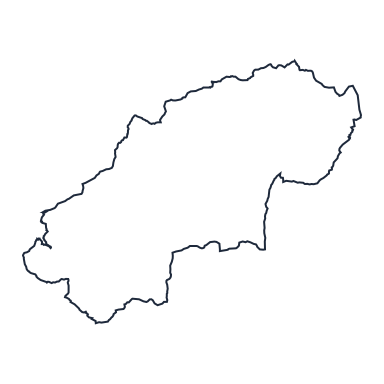 the district of Oituz, Bacau, Romania
{"feature_id": "2599482B92428944714354", "entity_name": "Oituz", "entity_type": "district", "adm_level": 2, "iso_a3": "ROU", "parent_name": "Romania", "parent_adm1": "Bacau", "projection": "mercator", "projection_center": [26.528, 46.157], "detail": "fine", "context": "isolated", "style": "outline", "palette": "slate", "viewbox_px": 384, "rotation_deg": 0, "n_neighbors": 0, "source": "geoboundaries", "source_scale": "gbopen_adm2", "svg_char_len": 5879}
<svg xmlns="http://www.w3.org/2000/svg" viewBox="0 0 384 384"><path d="M91.7,319.0L95.6,321.0L95.8,323.2L99.1,322.2L101.5,322.6L107.9,321.6L108.9,320.0L110.0,319.3L111.6,317.3L112.3,316.9L113.3,315.5L113.6,314.1L116.0,312.3L115.7,310.4L118.5,309.6L123.5,309.0L124.3,308.1L124.9,306.9L124.4,304.4L125.8,304.0L127.3,302.3L128.8,302.4L131.8,299.1L132.5,298.7L139.1,299.3L143.4,301.3L146.4,302.0L147.7,301.4L149.7,299.4L151.4,299.3L152.8,300.3L154.6,303.4L157.6,305.2L162.4,303.6L163.9,301.9L166.9,301.9L167.3,300.1L166.6,297.6L166.8,296.1L166.8,293.8L167.3,293.0L167.2,291.5L167.7,288.7L167.2,284.7L166.4,282.5L166.4,280.9L166.9,280.1L169.4,278.9L170.5,277.5L170.9,276.1L171.0,274.5L170.2,272.8L170.4,269.2L170.2,265.6L171.8,261.8L172.7,258.3L172.8,255.6L172.5,252.7L173.1,252.5L176.0,251.5L181.6,250.4L183.8,248.9L187.7,247.7L189.9,246.0L196.6,246.0L197.7,246.3L199.7,247.6L201.6,248.3L202.8,248.2L204.2,247.5L204.7,245.7L206.3,245.1L210.1,242.1L214.4,241.6L216.5,241.9L219.4,243.7L219.9,249.4L219.9,251.1L226.6,250.0L227.9,249.7L228.3,249.1L229.4,248.7L236.0,248.3L237.2,247.5L238.9,245.7L239.3,242.6L242.7,241.5L245.6,242.2L247.3,241.3L250.4,242.3L253.7,243.9L256.0,244.4L256.8,245.6L257.3,246.9L259.8,249.4L263.2,249.7L265.0,249.4L264.8,241.4L265.3,237.9L264.3,233.2L264.2,230.3L264.6,228.0L264.1,221.8L265.2,218.5L265.0,216.3L265.4,214.1L266.2,213.0L266.7,210.7L267.6,208.5L266.2,206.8L265.5,204.0L267.3,200.7L267.7,198.9L268.6,197.0L269.4,189.7L270.5,187.7L271.3,184.8L272.2,183.9L273.8,180.4L274.3,179.8L274.4,179.0L275.9,177.8L276.7,176.4L280.3,173.5L279.9,175.8L280.9,177.7L282.9,177.8L283.2,179.8L283.2,182.0L286.2,180.8L291.9,181.6L293.4,181.0L297.7,182.7L299.4,182.4L303.3,182.8L304.6,183.9L306.2,184.0L307.0,183.8L309.6,184.4L311.5,184.0L313.7,184.2L317.4,183.3L319.7,180.3L321.0,179.3L323.4,178.0L326.8,175.3L327.1,174.6L328.8,173.7L329.0,173.3L328.9,172.0L329.2,170.5L331.8,169.7L332.0,169.0L331.7,167.4L332.5,166.9L333.2,165.7L333.7,162.4L337.5,158.3L337.9,156.2L339.1,154.1L339.7,153.2L340.7,152.5L339.3,150.6L339.4,149.0L340.0,147.8L342.7,144.6L349.0,139.8L349.4,138.3L348.8,137.4L349.5,137.1L348.8,136.5L349.3,136.1L349.7,136.6L349.5,135.0L350.4,134.9L350.8,133.3L352.4,131.7L352.2,130.9L353.0,130.0L353.1,129.5L352.3,129.0L351.2,127.4L354.6,126.2L353.5,119.7L354.5,119.5L356.2,120.0L360.7,117.5L360.7,116.2L361.0,115.1L359.4,109.7L357.7,95.2L352.8,85.8L348.9,86.6L345.2,91.5L344.5,93.1L342.5,94.8L339.4,95.9L338.8,94.7L337.3,93.9L335.5,91.9L333.9,87.4L329.0,87.7L324.5,86.9L322.5,85.1L321.7,83.9L316.1,80.7L314.0,77.6L312.9,72.8L312.2,71.4L310.9,70.7L307.8,70.8L305.9,69.9L304.9,70.7L302.8,69.9L299.9,70.2L299.5,69.8L299.0,66.8L296.7,64.4L296.8,64.1L296.3,64.0L296.2,63.2L294.7,60.8L294.5,61.3L292.3,61.8L288.6,64.6L287.5,64.4L284.6,67.4L281.3,65.4L279.3,65.2L278.4,65.4L276.1,68.2L273.0,67.3L271.6,65.9L271.0,64.5L270.3,64.2L268.6,64.9L265.7,67.0L263.4,68.0L261.0,68.2L258.3,69.6L255.2,69.7L254.0,70.6L252.7,73.0L253.2,74.6L253.2,75.9L250.6,77.3L250.1,78.1L248.0,78.9L247.5,80.1L242.6,80.3L240.6,80.0L238.5,79.2L235.5,76.7L233.7,76.7L232.3,76.1L231.3,76.5L231.0,76.3L230.6,76.8L229.6,77.0L226.5,76.7L221.8,79.4L220.5,81.3L218.5,81.3L216.2,82.1L214.7,81.9L213.8,82.4L213.2,81.8L211.8,81.6L211.7,81.9L212.5,83.2L212.8,84.5L212.5,86.2L212.3,86.6L211.1,86.8L210.4,87.6L209.5,87.2L209.2,87.5L203.4,87.5L201.8,88.7L199.0,89.5L195.8,91.0L190.8,91.4L187.6,93.1L185.3,97.3L183.3,97.4L182.4,97.9L182.4,98.5L181.8,98.9L180.5,99.5L175.4,100.5L172.9,100.4L171.1,99.7L170.1,100.4L165.7,101.7L164.2,106.3L165.9,111.4L164.8,113.4L164.5,114.4L162.4,116.4L160.1,119.8L160.1,120.4L160.7,122.3L157.9,122.3L156.0,122.7L154.6,123.8L153.9,123.4L152.2,123.6L151.7,124.0L149.3,123.0L148.8,122.3L146.8,120.8L146.0,120.8L145.3,120.1L142.6,119.0L142.1,118.1L137.3,116.5L135.8,115.4L134.6,115.5L132.4,118.2L131.7,119.8L131.6,120.5L130.3,122.0L129.6,123.9L127.8,125.7L127.7,127.2L128.5,128.4L128.5,129.4L128.0,130.1L127.9,132.9L127.6,134.2L127.3,134.2L127.0,136.9L126.5,137.6L124.4,137.5L123.0,140.1L122.2,140.2L121.3,141.1L121.1,142.1L120.1,142.9L119.1,142.7L118.1,143.8L117.7,145.1L117.6,147.1L117.1,148.2L115.0,150.1L115.2,152.4L115.0,153.2L115.6,157.0L114.3,159.1L113.4,162.5L112.9,166.0L111.8,167.9L109.1,169.0L106.2,169.3L102.6,171.0L100.2,171.6L99.7,172.1L98.9,173.8L96.5,175.4L94.8,177.9L85.7,182.8L82.5,184.0L83.1,185.9L83.4,188.0L82.6,190.9L82.4,192.4L81.5,193.9L73.8,195.4L68.9,198.8L67.5,199.3L65.1,201.1L57.9,203.7L55.5,207.3L54.6,208.1L50.2,209.9L45.4,210.7L43.0,212.1L45.4,212.2L43.2,213.5L43.2,213.8L44.0,214.7L41.9,217.3L41.0,220.5L41.5,221.0L41.0,221.7L41.5,222.2L42.2,222.1L42.4,222.9L45.8,223.9L46.1,227.9L46.6,229.1L46.4,230.1L46.8,230.2L47.7,231.5L45.1,234.1L44.4,235.6L43.8,236.0L43.8,236.8L43.5,237.2L43.6,237.6L43.4,237.7L43.4,238.4L44.3,239.5L44.2,239.9L46.2,242.2L46.1,242.9L46.5,244.0L47.6,245.1L48.3,245.2L48.8,245.8L50.7,246.7L51.0,247.4L50.8,247.9L50.6,248.1L49.2,246.4L46.5,245.2L44.7,244.6L43.9,244.9L43.4,244.2L41.8,244.1L42.1,242.0L41.8,241.3L39.6,239.0L39.6,238.6L38.5,238.5L38.3,238.6L38.6,239.4L38.3,239.7L38.0,239.8L37.1,239.0L37.0,239.6L36.2,240.1L35.8,241.3L35.4,241.7L35.3,242.8L34.2,245.9L30.3,248.9L29.7,249.5L29.2,251.0L26.9,252.3L24.3,252.9L23.2,254.8L23.0,255.5L23.9,257.7L23.8,258.7L24.8,264.2L26.2,266.8L26.6,268.9L27.2,269.9L28.0,270.9L29.3,271.6L29.4,272.1L31.0,273.1L35.4,274.4L36.5,276.1L36.4,276.6L37.7,278.0L40.6,280.0L46.6,282.1L46.9,282.5L47.5,281.8L48.8,281.8L51.7,283.1L53.1,282.3L55.1,282.5L56.9,281.6L58.8,281.5L60.9,279.4L61.7,279.0L64.0,279.6L65.9,278.9L68.2,279.0L68.4,279.5L68.5,280.9L67.8,282.3L67.8,282.8L68.6,285.5L68.6,292.4L68.1,293.5L65.4,295.9L65.0,297.2L66.5,297.6L69.0,299.0L69.6,300.0L70.5,300.5L70.9,301.1L70.5,302.0L74.6,304.3L79.1,308.6L79.4,309.6L82.2,312.1L84.1,312.5L85.8,311.7L86.3,312.6L86.1,313.0L87.9,314.3L87.3,315.7L89.0,317.4L92.3,318.1L91.7,319.0Z" fill="none" stroke="#1e293b" stroke-width="2"/></svg>